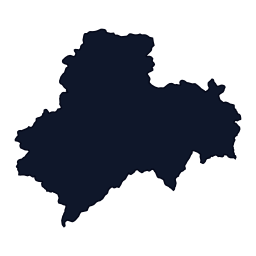 Jequitinhonha, Minas Gerais, Brazil
{"feature_id": "56859067B30834416316700", "entity_name": "Jequitinhonha", "entity_type": "district", "adm_level": 2, "iso_a3": "BRA", "parent_name": "Brazil", "parent_adm1": "Minas Gerais", "projection": "orthographic", "projection_center": [-41.068, -16.402], "detail": "fine", "context": "isolated", "style": "filled", "palette": "ink", "viewbox_px": 256, "rotation_deg": 0, "n_neighbors": 0, "source": "geoboundaries", "source_scale": "gbopen_adm2", "svg_char_len": 5741}
<svg xmlns="http://www.w3.org/2000/svg" viewBox="0 0 256 256"><path d="M152.5,38.2L149.4,37.5L147.6,36.1L145.8,35.2L144.6,35.0L141.7,35.1L140.0,34.2L138.1,34.9L135.7,35.1L133.8,34.9L131.1,34.1L130.0,34.0L129.3,34.3L127.7,35.9L126.7,36.4L121.4,36.9L120.4,36.7L117.6,35.4L114.9,35.3L114.2,34.4L113.6,33.3L110.6,33.6L107.0,32.8L106.2,32.3L106.0,31.4L105.5,30.3L104.4,29.7L102.1,29.4L101.0,29.4L97.4,31.0L95.2,31.6L92.8,31.9L89.9,31.8L88.4,32.6L87.2,33.9L86.2,33.7L85.0,33.8L84.4,34.5L84.1,35.3L83.2,40.0L83.8,42.7L83.6,43.8L82.1,44.8L81.3,45.6L80.9,46.4L80.7,48.3L79.5,49.8L78.7,50.1L77.9,49.8L75.2,49.6L74.5,50.0L74.6,50.9L75.6,52.4L76.0,53.4L75.9,54.3L75.2,55.9L74.4,56.5L73.5,56.7L70.7,55.7L69.7,55.7L68.0,56.1L65.5,57.7L62.9,60.2L62.6,61.2L63.0,62.5L64.8,63.6L67.6,64.4L68.2,66.2L67.9,67.2L66.4,68.0L66.0,68.7L64.6,73.0L63.6,73.6L62.8,74.5L61.1,76.9L59.8,80.9L59.9,82.5L60.6,83.5L62.4,84.4L64.4,87.2L66.6,89.0L67.0,90.1L66.6,90.9L67.4,91.4L67.7,92.2L65.4,92.7L63.3,92.6L62.3,93.0L60.2,95.8L60.3,97.1L59.9,98.4L60.2,102.8L59.9,104.1L61.3,106.7L61.4,108.0L60.4,108.8L58.0,109.2L57.0,110.9L55.6,112.2L54.5,112.3L53.3,112.1L51.7,112.2L49.5,113.2L48.6,112.9L48.0,111.6L46.5,109.7L45.3,109.6L44.3,110.2L44.1,112.3L43.6,113.4L42.9,113.9L42.6,115.7L40.3,117.4L37.3,118.2L36.4,118.8L36.3,121.3L34.4,123.4L33.4,125.7L31.6,127.6L30.4,127.6L28.8,126.9L28.4,127.6L26.8,128.7L21.5,130.9L20.1,130.7L18.9,130.9L17.9,131.7L17.8,132.9L18.4,135.3L18.0,136.1L17.1,136.9L15.4,139.4L15.5,140.6L18.0,141.1L19.9,142.1L20.9,143.3L20.2,145.0L20.1,145.9L20.7,147.7L25.1,149.7L27.7,149.9L28.5,150.2L29.1,150.8L29.3,151.7L26.3,155.1L25.4,156.5L24.6,157.3L23.6,157.7L22.1,159.2L19.9,159.7L18.5,160.4L17.8,161.3L17.6,162.2L18.0,163.4L17.9,164.5L16.6,166.4L16.9,167.2L17.9,167.5L17.9,169.7L19.0,171.6L19.1,172.9L18.9,174.7L20.1,174.9L22.3,174.7L24.1,174.7L27.5,175.6L29.8,174.9L32.5,176.7L33.7,176.7L34.7,176.2L35.2,177.0L35.0,177.9L35.7,179.8L36.4,180.4L38.4,181.1L42.3,181.6L42.5,182.5L41.9,183.4L41.9,184.4L42.3,186.1L43.1,186.8L44.2,187.5L45.0,188.5L46.0,189.1L46.8,190.1L46.9,191.0L48.9,191.0L49.8,191.6L51.1,191.9L52.0,191.4L53.1,191.3L53.7,192.0L55.0,192.4L58.0,194.1L59.2,197.6L59.2,198.4L58.5,200.5L58.4,201.6L58.9,202.9L61.7,203.6L63.4,204.5L65.8,205.0L66.1,206.0L66.1,207.2L65.1,210.1L65.2,211.5L64.1,213.5L63.6,215.2L63.0,216.1L61.9,220.5L62.4,224.3L62.9,225.3L64.0,226.6L64.9,225.8L64.5,223.1L64.8,222.0L65.4,221.2L67.1,220.1L68.0,220.1L71.7,221.4L72.7,221.5L74.2,220.7L75.3,219.8L78.5,216.1L79.4,213.9L80.6,212.0L81.4,211.6L86.3,210.6L87.1,210.2L88.0,207.8L89.2,205.9L91.6,205.3L93.7,204.4L96.3,201.8L98.1,200.9L100.0,200.5L102.6,198.6L104.6,195.4L105.4,194.6L106.4,194.0L107.4,192.9L108.1,190.3L109.3,188.6L110.8,187.3L111.8,186.8L113.0,186.9L113.8,187.6L114.7,187.6L117.1,186.5L118.1,187.1L118.9,187.2L120.7,184.4L121.6,182.2L122.9,180.5L124.6,179.4L125.4,178.5L127.2,175.2L128.7,173.2L129.7,173.9L130.9,174.3L132.9,173.0L133.5,172.2L134.3,171.9L135.1,170.2L136.2,169.7L137.4,169.5L138.5,170.1L139.4,171.1L141.8,172.5L142.8,172.2L143.3,171.3L146.5,170.3L147.3,170.1L149.1,170.9L149.9,170.6L151.7,169.2L153.1,169.2L154.3,170.3L154.8,171.4L155.6,172.1L157.5,176.7L158.4,177.5L160.4,177.8L163.2,179.3L163.8,179.9L165.0,183.8L165.9,184.9L169.0,186.4L170.1,187.5L171.8,188.4L172.4,189.4L173.5,190.2L174.3,189.2L174.6,187.1L175.2,186.3L175.9,183.1L175.1,179.9L175.3,178.5L176.5,177.0L178.4,176.0L178.6,174.8L180.7,171.7L182.9,170.7L184.2,169.5L185.1,169.0L185.1,168.0L184.6,166.8L184.6,165.5L185.1,164.4L185.7,163.7L186.7,161.6L189.3,157.8L190.6,154.8L191.6,153.6L192.0,152.6L191.8,151.7L192.2,151.0L193.0,150.6L194.2,150.6L197.7,152.0L199.8,153.5L200.6,154.6L200.3,156.8L201.1,160.2L200.8,162.3L203.0,163.3L203.9,162.8L204.5,162.1L205.2,161.2L205.7,159.8L206.4,158.8L207.4,158.3L209.8,157.8L210.7,156.2L211.4,156.0L212.2,156.3L215.0,154.9L216.0,154.9L217.1,155.3L218.2,156.4L219.4,156.2L222.2,156.7L223.4,156.0L223.9,154.5L225.0,154.4L225.7,154.7L226.7,154.8L227.5,155.3L228.4,156.7L230.2,157.5L231.1,157.6L234.2,157.6L235.2,158.6L235.8,157.3L235.4,155.9L234.1,155.4L234.2,154.3L234.0,153.2L233.3,152.1L233.6,149.9L233.1,148.8L233.1,147.5L232.6,146.5L232.7,145.7L233.1,144.8L233.6,142.5L234.8,139.9L234.1,138.9L234.2,137.7L234.9,136.6L235.7,135.7L236.8,135.4L237.1,134.0L238.8,131.6L239.7,129.1L239.4,127.2L238.4,126.4L235.8,123.4L234.5,123.2L233.9,122.2L234.5,120.9L235.5,120.3L236.3,120.2L237.2,120.7L237.9,120.4L238.6,119.8L240.5,119.3L240.6,118.3L240.2,115.9L239.6,114.9L238.8,114.3L237.7,114.0L237.2,113.2L236.9,112.1L235.8,110.5L235.5,109.4L234.5,109.1L234.1,108.2L234.0,105.3L233.2,104.9L229.6,104.1L228.6,103.3L226.6,102.5L225.5,102.3L223.3,102.8L220.1,100.2L219.6,99.4L218.6,96.2L218.7,94.9L219.6,94.0L223.0,91.8L223.9,90.1L224.0,89.2L224.9,87.2L224.6,86.4L223.8,85.7L222.0,85.3L221.0,85.4L218.7,86.3L217.4,86.4L216.6,86.0L215.3,83.7L213.9,82.2L213.3,79.9L212.6,79.3L211.7,79.4L211.0,80.5L209.2,82.0L208.4,82.9L208.3,84.1L208.4,85.5L209.4,87.4L209.1,88.8L208.5,89.9L205.9,91.8L204.8,91.7L204.3,91.0L200.6,88.6L199.8,87.6L197.1,85.3L196.1,84.8L195.6,84.1L194.7,83.9L192.2,84.1L188.3,83.0L186.7,82.8L184.5,81.1L182.6,80.5L181.4,80.6L180.5,81.3L180.1,82.1L180.0,82.9L180.7,83.8L180.5,84.9L178.8,85.2L176.5,84.7L175.2,85.0L174.3,84.8L172.5,83.8L171.5,83.6L169.7,83.8L168.1,84.7L164.5,87.6L163.5,88.1L160.5,88.0L158.4,88.3L157.0,87.9L154.7,87.1L151.3,85.0L149.1,82.7L149.1,81.3L149.8,79.1L149.5,77.9L147.1,74.3L147.2,73.4L148.7,72.1L150.6,71.3L152.6,70.2L152.7,69.0L152.0,68.0L152.1,67.0L153.7,65.6L154.3,64.5L153.9,63.3L152.2,61.5L152.1,60.7L152.6,58.7L152.0,57.9L151.3,57.2L150.5,56.8L149.2,56.4L146.9,56.7L146.2,56.0L147.0,54.5L150.6,51.0L151.3,49.9L151.6,47.5L153.9,45.3L153.1,42.1L152.5,38.2Z" fill="#0f172a" stroke="#020617" stroke-width="1.5"/></svg>